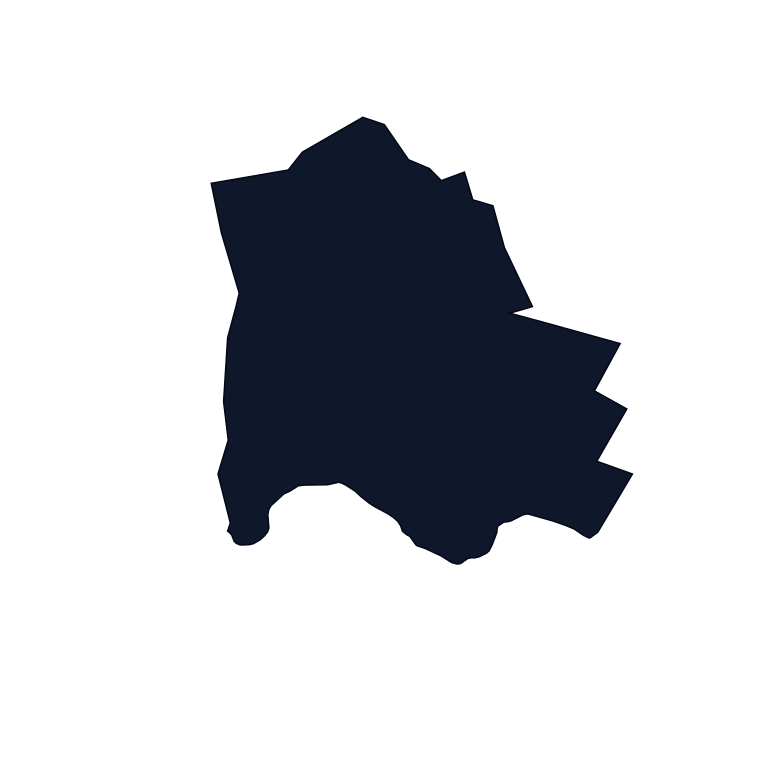 outline of Hunterdon, New Jersey, United States of America, rotated 308°
{"feature_id": "52423323B25129931119647", "entity_name": "Hunterdon", "entity_type": "district", "adm_level": 2, "iso_a3": "USA", "parent_name": "United States of America", "parent_adm1": "New Jersey", "projection": "orthographic", "projection_center": [-75.003, 40.564], "detail": "fine", "context": "isolated", "style": "filled", "palette": "ink", "viewbox_px": 768, "rotation_deg": 308, "n_neighbors": 0, "source": "geoboundaries", "source_scale": "gbopen_adm2", "svg_char_len": 1359}
<svg xmlns="http://www.w3.org/2000/svg" viewBox="0 0 768 768"><g transform="rotate(308 384 384)"><path d="M561.2,545.2L530.8,471.6L517.2,439.5L536.4,453.3L565.6,394.9L591.5,360.1L583.8,340.6L600.5,316.9L579.5,303.9L581.7,287.2L575.8,265.3L588.6,224.6L581.1,203.1L516.4,176.9L493.7,176.8L435.8,124.3L403.0,162.8L366.4,214.0L353.7,219.8L324.2,232.3L271.3,268.5L243.9,295.8L210.9,308.6L179.9,348.4L171.7,351.4L171.9,352.8L171.3,356.9L167.9,362.6L167.5,365.2L167.7,366.5L168.4,369.2L169.9,371.5L174.8,377.1L178.0,379.5L184.9,382.3L190.8,383.3L195.8,383.3L199.7,381.9L209.5,372.9L214.3,370.4L218.8,369.9L235.9,372.8L241.6,375.8L250.9,379.1L254.9,383.0L270.0,401.7L278.7,408.8L279.9,411.8L280.7,415.4L281.8,427.4L281.1,435.1L281.0,445.3L281.6,452.2L284.2,467.3L284.6,473.5L284.3,479.2L282.5,484.5L279.4,489.1L279.2,494.1L279.8,498.3L276.9,508.2L276.9,509.6L279.7,517.5L283.7,534.8L284.9,547.0L285.6,548.8L287.2,552.6L289.7,554.9L298.2,557.5L300.0,559.1L301.2,560.1L302.3,561.9L302.4,562.1L306.8,565.6L314.2,569.0L317.3,569.5L324.0,568.2L336.2,564.4L340.3,561.8L342.3,561.3L348.9,563.4L352.0,566.6L354.4,568.4L366.0,573.8L369.6,576.6L370.9,579.0L379.7,600.6L380.0,601.2L384.4,614.3L386.8,623.0L387.6,634.5L388.8,640.0L389.5,641.1L398.9,643.7L466.0,635.2L454.1,599.2L513.8,590.7L508.1,554.0L561.2,545.2Z" fill="#0f172a" stroke="#020617" stroke-width="1.5"/></g></svg>